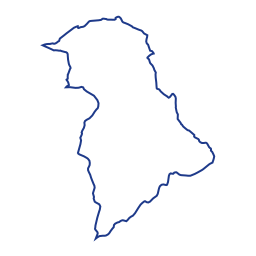 map outline of Central African Republic (Natural Earth projection), rotated 91°
{"feature_id": "CAF", "entity_name": "Central African Republic", "entity_type": "country or territory", "adm_level": 0, "iso_a3": "CAF", "parent_name": "Africa", "parent_adm1": "", "projection": "natural_earth1", "projection_center": [20.084, 6.633], "detail": "fine", "context": "isolated", "style": "outline", "palette": "blue", "viewbox_px": 256, "rotation_deg": 91, "n_neighbors": 0, "source": "natural_earth", "source_scale": "50m", "svg_char_len": 3781}
<svg xmlns="http://www.w3.org/2000/svg" viewBox="0 0 256 256"><g transform="rotate(91 128 128)"><path d="M183.2,87.7L184.0,87.9L184.4,88.8L183.8,91.7L184.2,93.5L185.7,95.1L187.1,95.7L188.5,96.1L193.3,97.1L195.3,98.1L197.9,101.6L201.2,104.7L202.1,106.4L201.9,107.9L200.9,109.7L201.1,110.4L202.6,112.3L204.4,114.1L207.6,116.2L213.1,119.5L215.6,121.6L216.5,123.3L217.9,125.1L219.9,126.7L221.2,128.0L220.3,131.6L220.6,132.7L221.1,133.8L222.2,135.2L222.7,137.0L223.9,139.2L225.2,140.3L227.5,140.6L228.7,141.7L231.2,143.5L233.6,145.0L234.7,146.1L235.3,147.1L235.9,148.2L236.1,149.3L236.2,151.7L236.6,154.7L237.9,156.8L239.1,158.3L234.2,156.5L233.5,156.5L232.6,156.8L230.0,159.0L229.2,159.2L228.3,159.0L225.9,158.8L218.1,157.1L212.0,155.4L210.2,154.8L206.9,154.3L204.8,155.4L202.8,159.2L202.2,160.0L199.1,161.1L197.6,160.8L193.9,161.9L188.3,160.3L186.3,160.6L184.7,161.4L180.7,163.1L178.2,164.1L175.4,165.0L172.7,166.4L170.8,167.2L169.0,167.2L167.4,166.4L165.7,165.7L163.6,165.6L161.4,166.0L159.5,167.5L158.7,168.6L157.1,171.5L155.2,176.2L154.5,177.2L154.3,177.2L153.8,177.6L145.0,175.3L141.2,174.7L138.6,175.5L135.4,174.1L134.0,173.9L133.3,174.3L131.6,173.7L128.6,172.1L125.9,171.4L123.4,171.7L121.8,171.1L120.6,169.6L119.0,166.7L116.1,163.9L112.3,161.6L109.9,159.8L108.9,158.7L106.9,158.1L103.7,157.9L100.7,159.1L96.3,162.6L92.2,169.9L90.0,172.7L88.2,173.5L87.7,175.2L88.6,178.0L88.8,181.2L88.2,186.7L88.4,190.7L87.5,190.0L86.5,188.2L86.1,187.8L83.4,188.6L82.0,189.4L81.3,190.1L80.7,190.3L79.9,189.2L79.2,189.1L78.1,189.2L77.1,189.2L76.4,189.1L75.9,189.2L74.6,188.6L70.0,187.0L69.2,186.5L68.3,186.6L65.9,187.9L64.7,188.3L60.8,189.1L56.8,189.5L55.2,189.6L54.1,190.1L53.4,191.0L53.0,192.8L52.2,196.0L51.8,196.9L51.9,198.2L51.6,200.3L51.5,202.2L51.7,203.5L50.5,206.1L49.1,209.3L48.0,212.0L46.8,214.7L46.0,212.8L45.5,210.6L45.3,208.1L45.4,207.5L45.1,206.7L44.7,204.7L45.1,203.4L44.7,202.0L43.8,200.6L42.9,199.6L42.4,198.7L42.0,198.3L41.1,198.1L39.8,197.7L38.1,195.6L36.5,193.6L34.4,191.1L32.7,188.9L30.6,186.2L28.7,183.8L27.6,181.4L27.1,180.0L27.7,179.9L28.5,179.8L28.8,179.6L28.9,179.0L28.0,177.1L27.6,174.7L26.9,173.2L24.7,171.0L22.6,169.2L21.9,168.4L21.6,167.1L20.8,159.2L20.4,156.9L19.7,155.9L19.3,155.5L19.1,154.9L19.2,153.5L19.4,152.2L19.4,151.7L20.0,150.6L20.0,143.3L19.7,142.9L19.4,142.3L18.8,142.3L18.1,142.3L17.4,141.2L16.9,139.8L17.0,138.9L17.6,138.1L18.2,137.4L19.1,136.8L21.5,135.6L22.1,135.1L22.6,134.3L22.9,133.3L24.3,129.6L26.3,125.8L27.2,125.0L28.1,122.5L29.3,119.5L29.8,118.1L30.2,116.7L30.9,115.5L33.2,113.6L34.9,110.3L36.8,110.5L38.7,111.0L41.1,111.3L43.1,110.7L44.3,109.4L47.1,108.4L50.3,107.2L50.7,105.4L51.7,104.5L52.8,103.7L53.1,103.6L53.2,104.1L53.9,106.0L55.2,107.8L57.2,109.8L57.8,109.7L59.0,108.2L62.1,107.2L62.9,106.8L65.1,104.6L67.8,103.2L68.4,103.0L69.4,102.7L72.0,101.2L73.9,101.4L77.0,101.2L82.1,100.5L85.8,100.2L87.7,100.0L88.2,99.7L88.9,97.5L89.4,97.0L90.8,96.0L93.6,92.8L95.3,90.1L95.8,89.2L96.2,89.0L97.0,87.8L96.3,86.7L93.2,84.3L93.3,83.9L93.1,83.5L93.3,83.2L94.4,82.2L96.0,81.1L97.7,80.7L102.0,80.8L105.7,80.5L106.6,80.6L109.5,80.0L111.5,79.5L113.5,78.4L118.1,78.5L121.9,75.5L123.1,75.0L123.5,74.6L123.7,74.1L125.5,72.9L127.5,70.5L129.1,68.4L129.5,66.8L133.8,61.6L135.4,61.7L136.1,61.1L137.8,57.6L138.4,57.0L139.2,56.8L140.1,56.4L141.0,55.4L141.7,53.8L141.7,52.0L141.4,50.4L141.4,49.7L141.8,49.0L142.5,48.4L145.8,46.5L146.6,45.6L147.1,44.8L148.1,44.6L149.1,44.7L149.7,44.2L150.4,43.4L152.7,42.2L154.8,41.3L157.0,41.7L158.9,42.2L160.3,42.7L161.1,42.9L162.3,45.3L162.9,46.2L167.8,52.0L168.8,53.4L171.3,57.7L172.8,60.5L174.6,64.7L174.7,66.9L174.5,68.8L174.2,74.2L173.7,75.8L171.5,78.7L171.5,80.0L171.9,81.1L172.6,81.6L173.0,82.1L172.7,84.7L173.5,85.7L175.2,86.3L179.3,86.8L181.5,87.1L183.2,87.7Z" fill="none" stroke="#1e3a8a" stroke-width="2"/></g></svg>